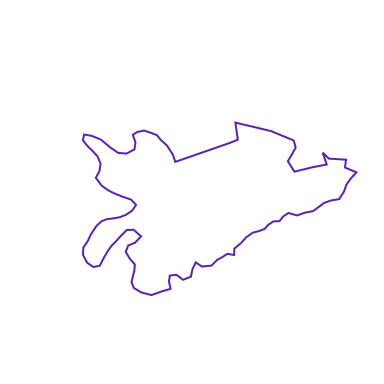 outline of Lacerdópolis, Santa Catarina, Brazil, rotated 128°
{"feature_id": "56859067B18402859490931", "entity_name": "Lacerdópolis", "entity_type": "district", "adm_level": 2, "iso_a3": "BRA", "parent_name": "Brazil", "parent_adm1": "Santa Catarina", "projection": "robinson", "projection_center": [-51.58, -27.257], "detail": "fine", "context": "isolated", "style": "outline", "palette": "violet", "viewbox_px": 384, "rotation_deg": 128, "n_neighbors": 0, "source": "geoboundaries", "source_scale": "gbopen_adm2", "svg_char_len": 1520}
<svg xmlns="http://www.w3.org/2000/svg" viewBox="0 0 384 384"><g transform="rotate(128 192 192)"><path d="M287.5,245.6L295.1,243.9L302.7,243.4L308.5,239.4L312.3,231.1L311.8,223.5L306.8,219.3L297.4,221.1L290.0,222.0L284.0,222.3L278.3,221.6L269.8,221.0L262.1,220.0L257.7,214.8L258.3,204.8L267.0,205.7L273.5,209.3L280.0,207.4L282.9,199.8L284.3,192.4L289.7,188.9L294.5,186.8L300.2,184.2L303.4,178.9L302.5,170.6L298.2,160.5L288.9,154.6L281.5,149.3L276.6,155.2L271.5,158.0L266.8,153.3L266.7,145.0L259.4,140.7L252.8,144.0L245.1,145.7L244.7,138.4L238.0,131.3L230.1,130.4L224.6,128.0L219.0,126.1L215.7,120.0L210.6,123.8L202.5,122.0L194.3,121.4L186.7,119.1L180.9,114.7L176.2,112.0L171.0,111.7L165.1,109.8L161.1,105.1L155.2,105.1L149.2,103.1L145.8,94.8L138.5,90.1L132.5,84.8L127.1,83.3L119.3,81.2L113.1,77.2L106.9,71.6L98.1,72.5L91.3,74.8L83.8,75.2L75.3,74.6L78.5,86.5L71.7,90.5L81.4,104.7L80.5,113.2L87.4,102.8L98.1,112.1L112.9,123.8L108.8,135.3L93.2,137.6L88.8,143.6L95.3,167.1L110.6,200.5L122.6,188.1L130.0,192.4L178.5,223.7L174.2,230.3L170.8,240.3L170.2,248.7L168.8,254.7L170.6,260.6L173.1,267.6L178.2,271.9L183.3,273.9L187.8,267.0L193.8,263.6L202.0,267.2L206.6,274.2L207.2,283.5L206.8,296.2L209.6,305.8L213.1,312.4L218.4,309.8L220.1,302.8L220.8,296.2L222.1,288.4L225.9,281.5L232.4,277.8L240.0,276.5L242.6,267.2L242.3,259.3L240.9,252.2L238.6,244.3L235.5,235.4L236.6,228.1L243.8,227.7L250.8,230.1L256.3,233.4L261.2,237.7L266.1,242.6L270.8,245.3L277.8,246.4L287.5,245.6Z" fill="none" stroke="#5b21b6" stroke-width="2"/></g></svg>